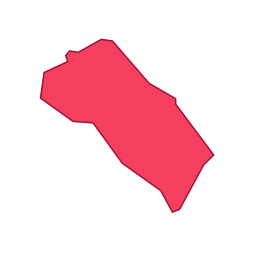 outline of Duk, Jonglei, South Sudan, rotated 238°
{"feature_id": "79223893B68171722755013", "entity_name": "Duk", "entity_type": "district", "adm_level": 2, "iso_a3": "SSD", "parent_name": "South Sudan", "parent_adm1": "Jonglei", "projection": "albers", "projection_center": [31.227, 7.661], "detail": "fine", "context": "isolated", "style": "filled", "palette": "rose", "viewbox_px": 256, "rotation_deg": 238, "n_neighbors": 0, "source": "geoboundaries", "source_scale": "gbopen_adm2", "svg_char_len": 402}
<svg xmlns="http://www.w3.org/2000/svg" viewBox="0 0 256 256"><g transform="rotate(238 128 128)"><path d="M59.7,186.4L122.8,181.1L127.6,183.9L154.6,169.6L210.1,160.9L217.3,152.3L218.6,126.0L224.3,119.3L222.4,113.5L216.3,112.1L219.5,86.3L199.7,69.6L162.7,84.9L150.8,101.1L101.0,104.5L57.4,122.6L33.1,121.1L31.7,128.7L56.6,172.6L59.7,186.4Z" fill="#f43f5e" stroke="#9f1239" stroke-width="1.5"/></g></svg>